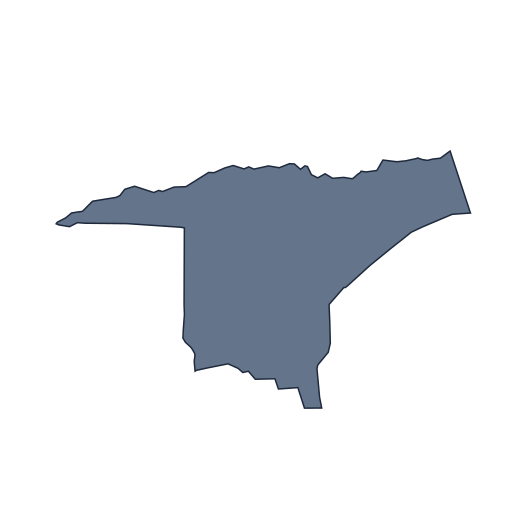 Reifi Aroma, Kassala, Sudan, rotated 101°
{"feature_id": "16777658B59678801632413", "entity_name": "Reifi Aroma", "entity_type": "district", "adm_level": 2, "iso_a3": "SDN", "parent_name": "Sudan", "parent_adm1": "Kassala", "projection": "robinson", "projection_center": [35.864, 15.736], "detail": "fine", "context": "isolated", "style": "filled", "palette": "slate", "viewbox_px": 512, "rotation_deg": 101, "n_neighbors": 0, "source": "geoboundaries", "source_scale": "gbopen_adm2", "svg_char_len": 1733}
<svg xmlns="http://www.w3.org/2000/svg" viewBox="0 0 512 512"><g transform="rotate(101 256 256)"><path d="M115.9,85.5L124.8,93.7L127.2,101.2L129.4,105.9L129.6,111.2L128.9,116.0L129.8,117.3L133.5,126.0L134.2,127.7L134.8,129.9L136.4,135.0L136.7,136.9L137.3,145.9L137.6,149.7L149.0,153.7L152.5,164.0L152.7,169.0L154.2,169.6L156.3,171.7L160.9,175.2L161.8,176.4L162.1,184.9L165.1,195.6L162.1,203.9L167.5,210.3L165.6,217.1L158.3,222.6L158.2,225.2L162.4,228.9L158.3,235.9L159.0,240.8L164.9,250.0L165.2,261.0L171.1,274.6L169.9,280.1L172.8,284.4L171.5,295.6L175.6,303.6L182.2,313.0L183.0,318.4L196.0,332.3L201.3,338.0L204.0,349.6L210.5,360.0L210.2,364.0L213.2,368.4L210.7,388.5L215.5,397.5L222.6,401.1L223.9,402.8L225.2,404.6L225.7,406.0L228.7,414.2L231.5,421.8L232.9,425.5L233.4,426.9L236.5,429.0L239.6,431.1L239.9,431.3L242.1,432.7L245.3,434.9L246.9,439.7L248.5,444.0L249.0,445.3L253.7,449.1L254.9,450.1L256.4,452.0L257.2,453.0L260.1,456.7L260.6,457.4L262.5,458.3L263.1,455.5L262.8,444.6L262.1,443.8L257.4,437.7L256.4,429.9L248.8,388.6L242.1,335.2L242.1,331.7L257.8,328.7L317.6,317.3L327.2,315.1L343.7,313.1L349.5,312.2L350.4,312.2L354.2,308.8L357.5,303.3L359.3,301.1L363.1,297.8L364.8,297.0L371.1,296.6L378.4,294.5L380.7,293.8L379.6,292.7L375.1,282.2L367.2,262.9L369.7,252.2L372.9,246.7L370.6,241.5L377.1,233.2L372.9,214.0L382.3,208.6L377.2,189.8L396.1,179.4L392.7,162.5L382.6,166.6L355.2,174.6L351.3,174.6L348.3,173.0L336.7,166.7L335.7,166.7L327.5,166.4L323.0,167.4L307.0,170.9L290.7,174.8L289.4,174.9L270.1,163.7L270.0,162.4L268.4,160.9L243.5,142.3L223.0,125.2L204.3,109.2L203.0,108.1L195.8,98.3L177.6,71.3L174.7,60.4L173.0,54.1L172.9,53.9L172.9,53.7L115.9,85.5L115.9,85.5Z" fill="#64748b" stroke="#1e293b" stroke-width="1.5"/></g></svg>